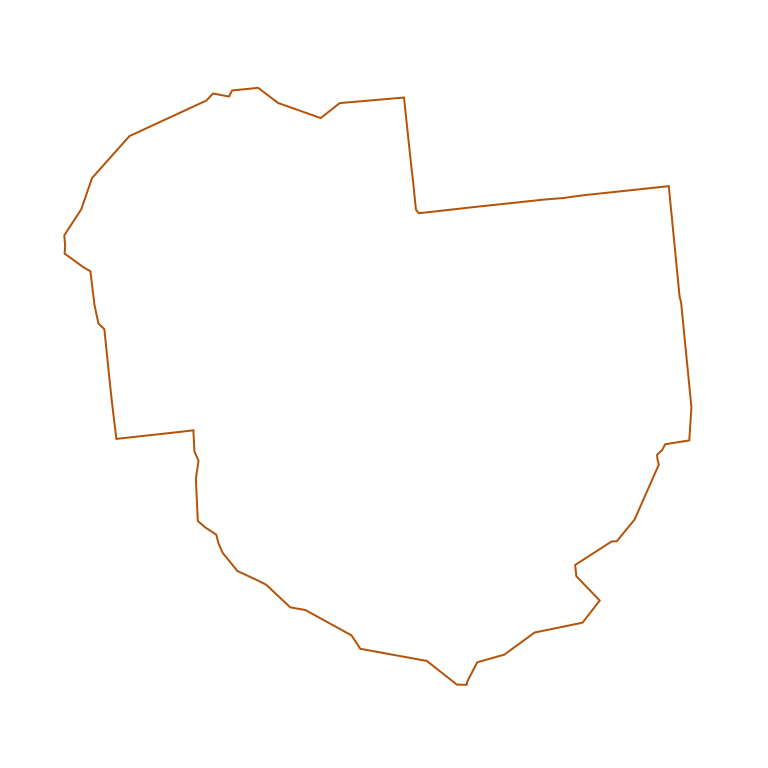 Hennepin, Minnesota, United States of America, rotated 174°
{"feature_id": "52423323B44516740829537", "entity_name": "Hennepin", "entity_type": "district", "adm_level": 2, "iso_a3": "USA", "parent_name": "United States of America", "parent_adm1": "Minnesota", "projection": "equal_earth", "projection_center": [-93.451, 45.016], "detail": "fine", "context": "isolated", "style": "outline", "palette": "amber", "viewbox_px": 768, "rotation_deg": 174, "n_neighbors": 0, "source": "geoboundaries", "source_scale": "gbopen_adm2", "svg_char_len": 1057}
<svg xmlns="http://www.w3.org/2000/svg" viewBox="0 0 768 768"><g transform="rotate(174 384 384)"><path d="M334.2,666.8L398.7,668.0L419.2,655.1L459.9,674.5L478.2,691.7L504.4,691.8L508.1,686.1L523.7,690.8L531.0,684.5L611.2,657.2L652.8,619.4L666.7,589.6L686.4,565.3L686.7,554.4L688.0,547.1L670.7,531.5L664.2,526.8L663.7,493.2L661.7,474.1L656.4,467.7L656.5,421.1L656.5,396.8L655.9,357.4L636.5,357.5L590.1,357.7L578.4,357.9L579.6,336.8L576.5,327.1L581.0,309.4L583.5,267.2L576.9,260.2L566.6,251.7L565.2,242.7L562.2,233.1L549.3,213.3L532.2,203.1L522.2,196.7L500.6,171.7L485.8,167.4L442.6,137.4L435.2,123.1L370.4,104.1L342.9,77.4L333.2,76.2L332.4,79.2L320.4,97.5L292.6,102.3L260.2,121.1L211.5,125.9L192.1,146.1L212.8,172.7L212.8,184.1L174.1,203.6L168.9,203.3L148.9,223.1L119.1,275.1L119.9,280.5L119.8,285.0L115.4,288.4L114.7,288.7L110.6,294.7L86.3,296.0L80.7,328.6L80.0,434.6L80.9,439.3L80.1,551.0L166.0,550.9L186.3,550.2L205.6,550.7L272.2,550.6L331.6,550.2L334.0,554.1L333.9,584.1L334.1,594.2L334.2,666.8Z" fill="none" stroke="#b45309" stroke-width="2"/></g></svg>